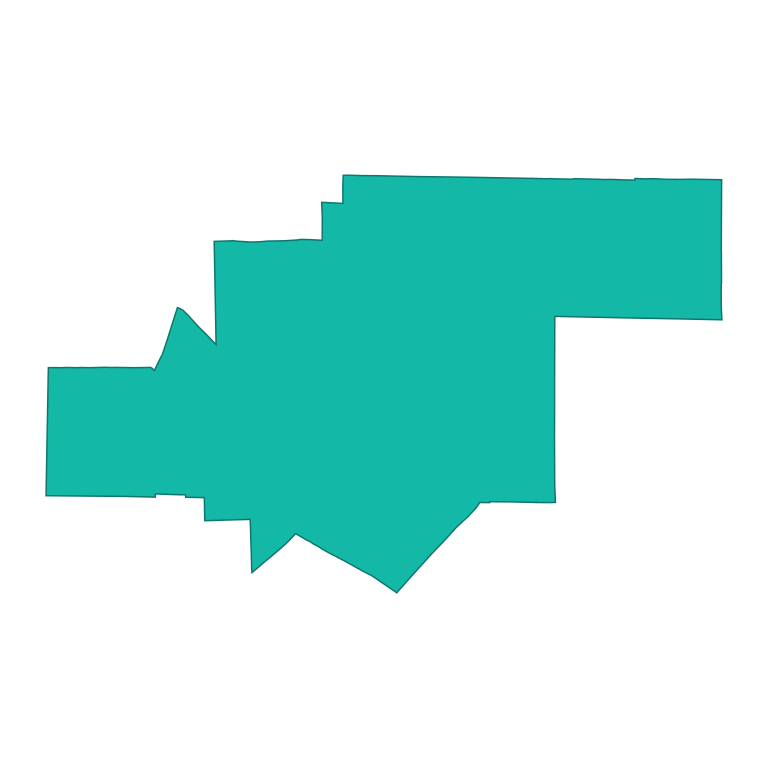 outline of Silistea Crucii, Dolj, Romania
{"feature_id": "2599482B51725370061105", "entity_name": "Silistea Crucii", "entity_type": "district", "adm_level": 2, "iso_a3": "ROU", "parent_name": "Romania", "parent_adm1": "Dolj", "projection": "mercator", "projection_center": [23.474, 44.047], "detail": "fine", "context": "isolated", "style": "filled", "palette": "teal", "viewbox_px": 768, "rotation_deg": 0, "n_neighbors": 0, "source": "geoboundaries", "source_scale": "gbopen_adm2", "svg_char_len": 2721}
<svg xmlns="http://www.w3.org/2000/svg" viewBox="0 0 768 768"><path d="M721.9,319.8L721.4,309.9L721.2,301.2L721.2,293.8L721.2,287.7L721.2,284.5L721.5,283.6L721.5,282.7L721.4,253.3L721.3,248.9L721.6,179.7L720.2,179.7L691.0,179.2L679.8,179.4L666.6,179.3L653.5,178.7L648.8,178.8L645.0,178.9L640.8,178.7L637.9,178.6L635.0,178.5L635.0,180.1L623.9,179.9L611.3,179.4L604.4,179.5L596.2,179.2L593.8,179.2L589.7,179.0L585.9,179.0L579.2,178.8L576.0,178.7L574.4,178.7L573.0,178.9L572.2,179.2L571.3,179.2L568.5,179.1L557.4,178.9L549.8,178.6L548.1,178.7L546.1,178.8L542.9,178.7L542.2,178.6L541.1,178.5L540.0,178.6L537.1,178.5L535.0,178.5L532.6,178.3L530.0,178.4L525.6,178.3L483.2,177.5L464.9,177.2L436.3,176.8L418.9,176.6L389.8,176.0L375.9,175.7L362.1,175.6L354.4,175.4L347.3,175.2L343.2,175.3L343.0,181.4L342.8,188.1L342.9,196.3L342.9,201.4L343.0,203.4L321.7,202.3L322.3,218.7L322.2,240.3L318.5,240.1L314.5,239.9L309.4,239.6L304.7,239.5L300.4,239.4L298.5,239.8L296.2,240.0L293.7,240.2L290.7,240.4L283.9,240.8L273.1,241.0L268.4,241.0L265.1,241.3L259.9,241.8L253.3,242.0L249.2,242.0L240.9,241.4L236.8,241.2L232.7,240.6L232.0,240.8L214.2,241.4L216.1,344.5L212.9,341.4L206.1,334.2L198.7,327.0L191.6,319.2L188.1,315.2L183.1,310.4L181.3,309.3L179.1,308.2L177.4,307.6L177.3,307.8L177.3,308.1L177.0,309.0L171.5,326.2L167.5,339.0L163.6,350.7L162.2,354.9L161.2,356.5L157.5,364.0L154.4,370.4L152.8,369.0L152.4,368.6L151.9,368.1L151.3,367.9L150.8,367.6L149.7,367.4L146.8,367.5L134.1,367.7L114.9,367.4L110.7,367.5L105.5,367.3L97.2,367.5L92.4,367.6L88.6,367.7L81.7,367.5L75.9,367.7L72.5,367.6L68.1,367.5L65.0,367.5L61.7,367.7L52.0,367.6L48.5,367.7L48.4,367.7L48.3,370.5L46.1,492.7L46.1,495.7L124.6,496.4L155.4,497.1L155.3,493.9L168.2,494.4L180.9,494.8L185.3,494.7L185.6,496.1L185.7,497.3L204.3,497.6L204.5,505.9L204.7,519.8L204.8,520.7L215.2,520.4L221.3,520.2L227.6,520.0L238.9,519.7L250.2,519.4L250.5,528.1L250.8,538.2L251.0,543.9L251.3,553.4L251.5,561.8L251.7,569.4L252.0,572.6L256.3,569.0L258.3,567.3L262.6,563.5L267.0,559.9L272.9,555.0L277.1,551.4L281.8,547.4L285.7,543.9L291.0,538.6L295.3,533.9L295.6,533.7L303.8,538.3L307.6,540.6L308.4,540.9L309.5,541.3L310.6,541.9L311.7,542.7L312.5,543.4L312.9,543.7L315.1,544.8L317.8,546.2L319.6,547.3L321.2,548.5L326.1,551.3L330.3,553.6L344.7,561.0L360.8,570.0L364.7,572.1L370.3,574.9L371.2,575.3L396.8,592.8L397.9,591.5L411.1,576.6L432.9,552.5L444.2,540.8L456.3,527.4L468.2,516.4L476.1,507.9L479.7,502.6L482.3,502.5L485.9,502.6L489.7,502.6L489.7,501.7L511.2,501.9L530.1,502.3L535.8,502.5L549.1,502.6L555.4,502.4L554.7,484.9L554.5,435.8L554.6,409.2L554.6,380.6L554.8,316.4L561.0,316.5L631.7,318.0L680.1,318.9L697.7,319.3L703.1,319.4L721.9,319.8Z" fill="#14b8a6" stroke="#0f766e" stroke-width="1.5"/></svg>